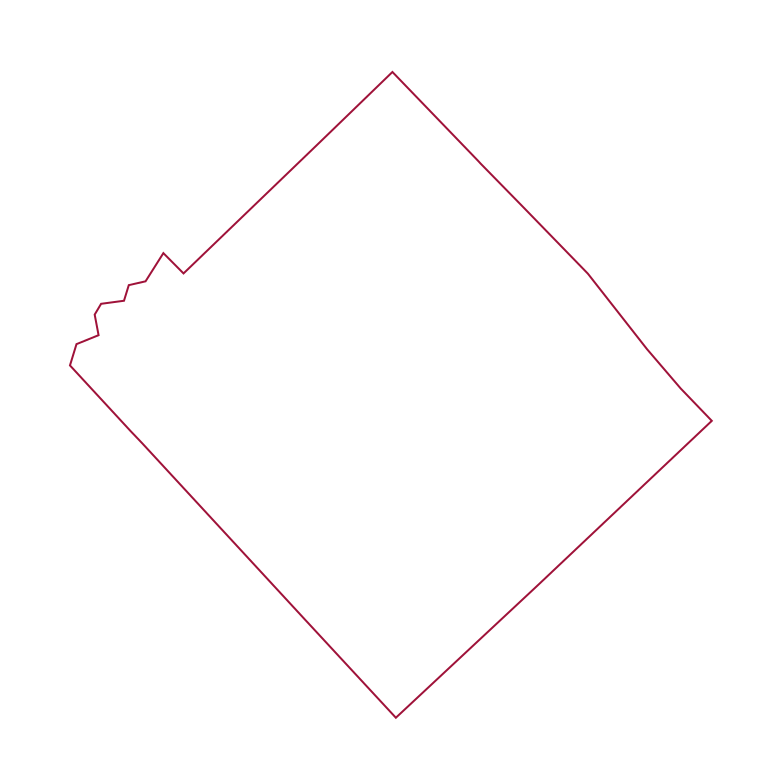 Drew, Arkansas, United States of America (Natural Earth projection), rotated 46°
{"feature_id": "52423323B83124951000608", "entity_name": "Drew", "entity_type": "district", "adm_level": 2, "iso_a3": "USA", "parent_name": "United States of America", "parent_adm1": "Arkansas", "projection": "natural_earth1", "projection_center": [-91.839, 33.591], "detail": "fine", "context": "isolated", "style": "outline", "palette": "rose", "viewbox_px": 768, "rotation_deg": 46, "n_neighbors": 0, "source": "geoboundaries", "source_scale": "gbopen_adm2", "svg_char_len": 477}
<svg xmlns="http://www.w3.org/2000/svg" viewBox="0 0 768 768"><g transform="rotate(46 384 384)"><path d="M165.5,258.0L165.5,266.1L165.2,451.4L136.6,451.8L144.5,484.2L135.6,498.9L143.5,513.2L129.8,531.8L133.1,543.9L150.6,555.4L141.7,577.5L152.5,597.0L241.9,599.0L258.4,599.1L498.4,604.5L632.3,607.3L635.6,413.8L638.2,173.8L593.4,173.7L541.6,170.6L446.2,160.7L351.5,161.0L292.8,161.4L288.6,161.3L165.4,161.2L165.5,258.0Z" fill="none" stroke="#9f1239" stroke-width="2"/></g></svg>